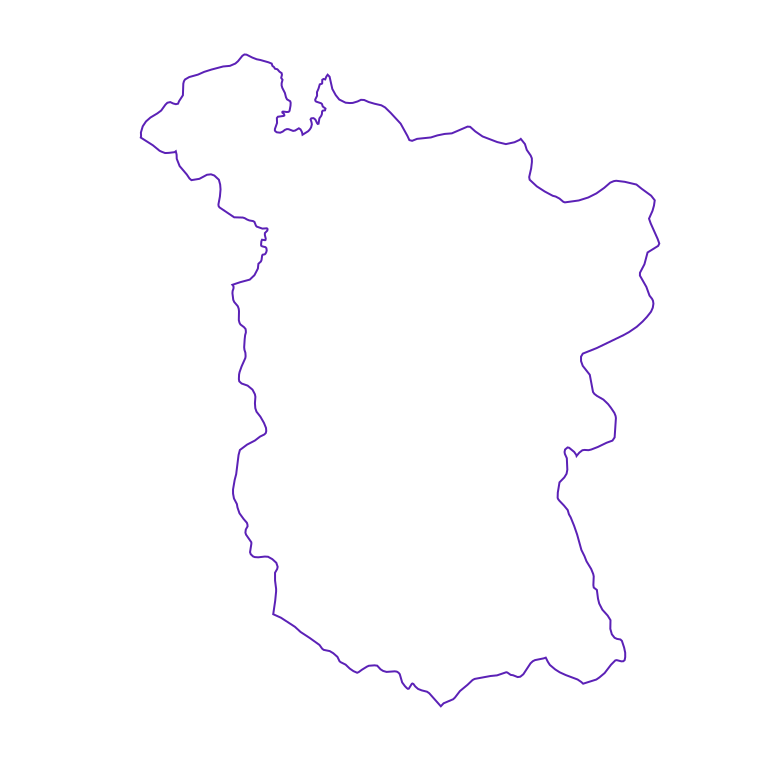 outline of Hoang Su Phi, Hà Giang, Vietnam, rotated 5°
{"feature_id": "81297802B55460345655510", "entity_name": "Hoang Su Phi", "entity_type": "district", "adm_level": 2, "iso_a3": "VNM", "parent_name": "Vietnam", "parent_adm1": "Hà Giang", "projection": "mercator", "projection_center": [104.663, 22.693], "detail": "fine", "context": "isolated", "style": "outline", "palette": "violet", "viewbox_px": 768, "rotation_deg": 5, "n_neighbors": 0, "source": "geoboundaries", "source_scale": "gbopen_adm2", "svg_char_len": 6122}
<svg xmlns="http://www.w3.org/2000/svg" viewBox="0 0 768 768"><g transform="rotate(5 384 384)"><path d="M595.1,532.1L589.5,517.1L585.7,508.6L581.6,500.6L579.6,497.7L578.0,493.6L573.9,489.4L568.9,485.0L567.6,483.6L566.9,482.3L566.6,477.0L567.4,466.7L571.8,461.3L573.7,457.5L574.1,453.4L572.6,442.0L570.3,437.9L569.8,436.0L570.1,433.5L572.4,431.2L574.0,431.4L579.4,435.1L581.8,438.0L582.1,438.9L584.5,435.4L587.4,432.7L589.5,432.2L593.5,432.1L596.2,431.2L602.5,428.1L610.9,423.1L616.5,420.5L618.4,417.1L618.0,397.8L617.5,395.7L616.0,392.7L612.2,388.0L609.0,384.5L603.9,380.4L597.2,377.3L594.4,375.5L592.9,373.7L588.2,356.9L580.4,348.6L578.3,344.0L577.9,339.6L579.4,336.4L592.7,329.7L618.4,314.4L623.6,310.9L630.8,305.0L636.2,299.2L640.1,294.2L643.7,288.7L645.1,284.6L645.4,280.5L644.7,277.6L643.6,275.8L640.8,272.8L636.9,264.4L629.5,253.7L629.3,250.9L633.0,242.0L635.1,230.0L645.1,222.5L646.0,220.1L644.0,215.7L635.7,200.8L633.6,196.2L636.4,188.0L637.4,182.7L637.7,177.4L633.7,173.1L623.6,167.0L618.1,163.3L606.2,161.6L597.6,161.3L595.2,161.9L591.8,163.7L586.3,169.4L579.0,175.6L571.2,180.4L562.0,184.2L548.4,187.3L546.8,186.9L542.7,184.0L538.7,182.3L535.7,181.8L527.3,178.2L519.0,173.8L511.3,167.8L510.6,165.2L511.8,156.4L512.0,149.9L511.6,146.3L510.2,143.6L505.8,138.3L503.5,132.7L498.9,127.9L497.8,129.0L492.9,131.8L484.5,134.4L475.7,133.1L460.6,128.8L452.9,124.4L447.4,120.3L444.8,120.3L429.7,128.4L422.6,129.6L415.5,131.7L409.2,134.3L395.6,136.9L390.8,139.3L388.0,138.8L385.7,134.8L377.9,123.2L367.0,113.3L361.0,108.4L357.1,106.6L350.0,105.6L344.1,104.4L339.5,102.8L336.3,102.9L333.1,104.8L328.4,106.7L325.5,107.1L321.2,107.1L314.6,104.5L310.7,100.4L306.8,94.6L303.0,82.6L300.9,80.8L299.7,82.9L298.9,85.7L297.2,85.4L296.0,86.3L296.2,89.8L295.9,90.3L293.9,91.1L293.0,95.5L291.8,99.1L292.2,102.7L290.7,106.6L290.9,107.8L291.8,108.6L296.8,109.8L297.8,110.5L298.8,112.9L301.7,114.7L301.4,116.5L299.1,117.1L298.6,117.9L298.6,120.6L298.1,122.3L296.5,125.0L296.1,130.4L295.3,130.7L294.6,130.0L292.8,126.9L291.6,125.8L290.4,125.3L288.4,125.7L287.8,126.8L289.0,129.6L289.5,131.7L289.0,134.7L287.9,136.9L286.4,138.8L281.1,142.8L280.4,140.4L279.7,139.2L278.6,137.6L276.9,136.7L273.3,139.3L271.4,139.8L266.8,138.5L265.1,138.5L263.1,139.5L261.1,141.4L258.7,142.7L255.3,142.6L253.9,141.8L253.2,141.0L253.1,139.5L254.7,133.3L254.1,128.4L255.0,127.0L260.6,125.7L261.3,125.2L261.0,123.9L259.1,122.5L259.1,121.7L259.6,121.4L263.4,121.5L264.9,121.3L265.6,120.9L266.1,120.1L266.6,114.9L266.5,112.0L265.9,110.5L262.6,108.9L261.4,107.0L259.9,102.7L256.9,97.9L256.0,95.6L255.8,93.3L256.4,89.8L254.9,88.0L255.4,84.9L254.9,83.2L252.7,82.0L250.4,79.8L247.9,79.4L246.8,77.9L245.1,76.8L244.2,74.6L240.9,73.6L232.6,72.0L228.9,71.6L224.4,70.3L218.4,67.9L216.2,67.9L214.3,69.4L210.4,75.2L208.0,77.7L202.8,80.5L196.1,81.7L184.7,85.8L177.7,88.7L171.7,92.0L163.2,95.2L159.2,98.0L158.3,99.9L157.9,102.3L158.5,113.9L155.2,120.1L154.4,122.7L152.3,123.4L149.5,122.9L146.5,121.8L143.7,122.7L141.9,124.8L138.2,131.0L134.6,134.2L128.1,138.9L124.0,143.2L121.2,148.3L119.9,154.7L120.4,158.2L120.2,159.7L132.9,166.3L140.1,171.2L142.3,172.0L145.8,173.0L149.5,172.5L155.2,171.3L156.3,170.3L157.4,173.6L157.9,177.7L161.4,184.7L169.3,192.5L172.3,196.2L174.4,197.7L182.2,195.7L189.4,191.0L193.4,190.2L196.8,191.1L201.7,194.9L203.4,199.6L204.2,204.4L204.2,211.6L203.4,219.5L203.7,221.1L204.7,222.4L220.2,231.0L228.8,230.5L230.7,230.9L233.3,232.1L235.6,232.8L239.3,233.1L240.8,233.8L242.6,237.4L243.5,238.3L249.3,239.8L253.7,239.1L254.5,239.8L254.4,241.3L252.2,244.0L252.3,245.9L253.5,249.4L253.4,250.8L253.0,251.1L249.9,250.9L249.4,252.6L249.4,255.7L249.6,256.9L250.7,257.5L254.0,258.0L255.0,259.0L255.5,261.1L255.3,262.6L254.6,264.4L253.9,265.2L251.8,265.8L251.4,266.8L251.2,271.0L250.7,272.7L248.4,275.2L248.3,280.0L245.5,286.8L241.2,291.7L231.9,295.1L224.3,298.4L225.5,299.8L225.7,300.5L225.7,302.1L225.1,304.5L225.1,306.8L226.5,313.3L227.6,315.3L231.6,319.3L232.7,321.7L233.2,324.1L233.8,333.0L234.7,335.6L235.8,337.2L239.6,339.6L241.3,341.3L241.7,343.0L241.9,344.8L241.4,347.4L241.3,351.6L241.5,359.6L242.0,362.1L243.2,365.0L243.7,368.3L243.6,370.2L240.6,378.9L239.1,384.7L238.8,387.2L239.0,391.8L239.6,394.0L242.1,395.9L248.3,397.5L253.5,401.1L255.3,403.9L256.3,405.5L257.0,408.0L257.1,414.4L257.9,419.3L259.4,422.7L263.7,427.3L267.8,433.2L270.3,438.1L270.8,441.1L270.5,443.1L269.2,444.7L265.1,447.2L260.3,451.6L252.9,456.3L246.2,462.3L245.3,467.4L244.6,486.7L243.6,492.6L242.8,502.3L243.2,506.4L244.5,511.1L247.9,516.4L248.8,519.8L251.3,525.4L255.9,530.7L259.5,534.2L260.2,535.9L260.5,537.7L259.0,541.0L258.9,544.2L259.7,546.1L265.6,553.2L265.8,554.7L265.2,563.2L266.1,565.2L268.6,567.2L270.4,567.7L273.9,567.6L280.3,566.3L283.5,566.2L288.0,568.2L292.3,571.5L294.0,575.4L293.7,577.6L291.9,581.5L292.6,589.3L294.4,597.6L294.6,600.1L294.5,609.5L293.7,623.0L301.7,625.8L316.5,633.7L322.5,638.3L332.2,643.5L342.5,649.6L345.5,653.1L347.1,654.1L353.2,654.8L356.9,656.6L361.4,659.9L363.9,664.1L365.1,664.9L370.2,666.9L374.7,670.5L378.6,672.7L382.4,674.0L383.9,673.2L387.0,670.5L391.7,667.0L393.5,666.0L399.0,665.1L401.8,665.2L405.4,668.5L408.1,669.9L411.6,670.6L419.7,669.3L421.8,669.4L423.6,670.3L425.0,671.7L428.1,679.7L431.2,683.2L433.3,685.0L434.4,685.6L435.3,685.3L437.8,680.3L438.3,679.9L439.4,680.2L441.5,682.6L444.5,684.8L448.2,685.9L453.7,686.8L456.0,688.1L468.7,700.1L471.2,696.9L480.4,692.0L482.0,690.2L486.4,683.3L493.4,676.4L498.0,671.2L500.0,669.9L515.6,665.6L522.0,664.4L530.9,660.5L532.1,660.7L535.5,662.7L538.0,662.9L542.7,664.3L545.3,663.7L548.1,661.0L554.3,649.5L556.4,647.2L558.5,645.9L567.0,643.4L569.0,642.5L571.4,646.4L573.7,649.4L579.4,653.4L584.2,655.9L590.4,658.1L602.6,661.5L606.4,663.6L608.5,665.2L621.3,659.9L624.2,657.5L629.0,652.7L634.6,643.9L638.5,639.2L639.9,638.8L644.7,639.6L646.6,639.3L647.8,638.0L648.1,635.0L647.7,630.7L646.2,625.7L643.4,619.2L641.8,617.9L638.3,617.6L635.8,616.7L632.8,613.5L630.8,608.2L630.2,599.5L627.0,595.2L621.2,589.8L617.5,583.9L615.9,579.2L614.0,570.6L610.7,568.5L610.1,566.1L609.7,557.4L609.0,555.1L606.5,550.2L601.2,543.0L598.7,538.0L595.1,532.1Z" fill="none" stroke="#5b21b6" stroke-width="2"/></g></svg>